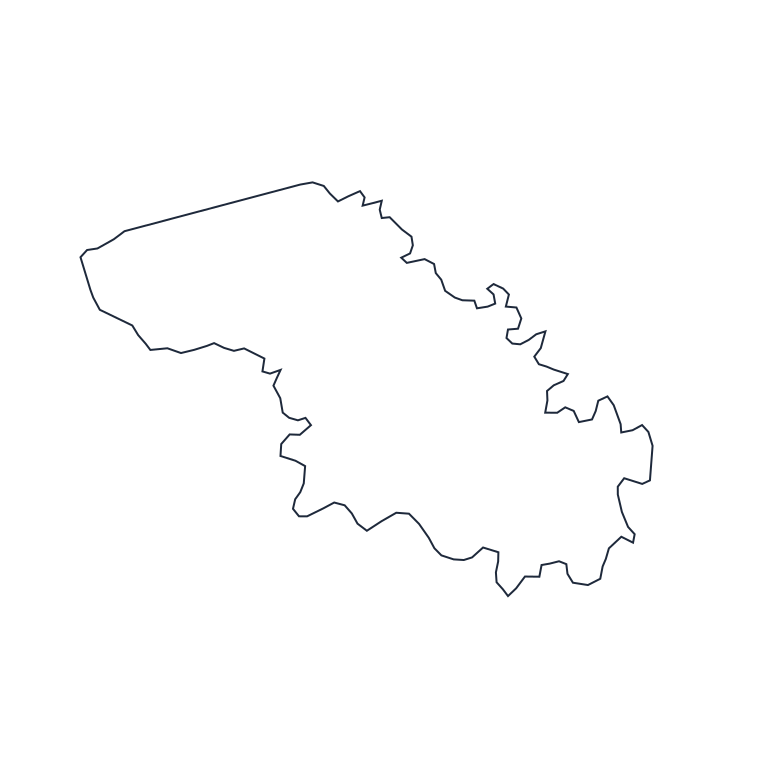 the district of São João da Ponta, Pará, Brazil, rotated 143°
{"feature_id": "56859067B2692108499529", "entity_name": "São João da Ponta", "entity_type": "district", "adm_level": 2, "iso_a3": "BRA", "parent_name": "Brazil", "parent_adm1": "Pará", "projection": "albers", "projection_center": [-47.972, -0.868], "detail": "fine", "context": "isolated", "style": "outline", "palette": "slate", "viewbox_px": 768, "rotation_deg": 143, "n_neighbors": 0, "source": "geoboundaries", "source_scale": "gbopen_adm2", "svg_char_len": 2145}
<svg xmlns="http://www.w3.org/2000/svg" viewBox="0 0 768 768"><g transform="rotate(143 384 384)"><path d="M412.6,140.0L401.4,141.3L387.3,145.4L375.9,136.6L367.1,144.6L359.7,140.8L350.9,137.1L346.8,130.4L351.7,122.0L352.7,111.6L342.1,100.7L328.5,98.3L319.2,106.7L312.1,110.8L303.3,117.4L286.4,119.2L280.6,107.4L274.2,113.2L275.1,123.0L271.0,138.7L263.8,155.0L259.1,161.3L248.9,164.2L237.9,148.8L229.6,147.0L206.7,173.0L201.7,186.6L202.6,195.9L213.3,197.5L223.7,202.5L219.2,209.5L213.3,228.8L213.0,239.6L222.9,241.7L231.2,235.0L239.2,230.5L251.3,236.3L248.7,248.3L253.3,256.3L263.0,256.8L272.5,264.1L263.4,272.5L258.0,280.3L249.2,280.8L238.8,278.4L231.2,281.3L239.7,293.3L243.7,300.1L248.4,306.6L247.5,315.4L237.2,318.3L223.4,328.9L232.5,332.1L241.8,332.1L251.3,333.7L257.2,339.1L258.5,347.0L252.2,352.9L243.7,347.5L234.9,353.7L232.2,365.4L240.1,372.5L230.4,380.3L231.4,388.5L236.4,397.9L244.2,397.9L242.6,389.6L246.8,381.3L254.6,383.4L264.2,388.5L261.7,396.2L271.0,403.7L275.4,410.4L279.1,421.6L275.5,432.9L275.9,441.4L271.8,449.7L276.4,459.3L292.9,467.0L294.2,474.5L284.6,472.6L277.5,477.4L273.4,485.1L276.7,496.6L279.1,513.8L285.9,517.9L282.5,525.8L275.5,531.7L283.8,535.1L293.7,539.3L287.2,544.7L287.1,552.5L299.6,555.4L310.9,557.5L312.6,568.7L312.9,578.4L319.7,588.0L330.9,593.7L499.3,662.2L512.6,662.2L531.3,664.7L540.5,669.7L550.1,667.9L561.8,635.9L564.2,628.0L566.3,614.3L549.8,582.2L550.9,571.0L550.1,559.6L550.1,551.8L535.5,542.9L527.5,530.9L515.0,525.5L502.5,521.0L495.1,518.9L490.0,509.1L483.9,500.8L474.3,496.6L464.2,476.3L473.5,467.2L468.8,460.9L458.1,457.5L465.8,453.4L473.3,449.2L475.4,435.1L482.1,422.1L480.1,414.1L474.6,406.8L467.1,404.2L467.1,395.1L481.8,394.1L489.7,400.5L502.2,397.9L510.0,388.8L500.9,376.0L496.4,365.9L507.9,352.9L516.0,348.0L524.3,345.4L531.8,339.1L531.5,329.5L525.1,324.6L507.3,321.2L495.1,319.3L488.4,310.8L487.6,300.0L489.2,288.4L486.0,277.1L468.5,275.9L451.7,273.8L442.1,265.4L440.2,251.2L440.8,234.2L442.6,222.5L441.3,212.6L433.9,202.0L426.2,195.4L418.0,192.5L403.3,193.8L393.9,180.8L399.6,173.6L408.0,166.2L413.4,157.9L412.6,148.6L412.6,140.0Z" fill="none" stroke="#1e293b" stroke-width="2"/></g></svg>